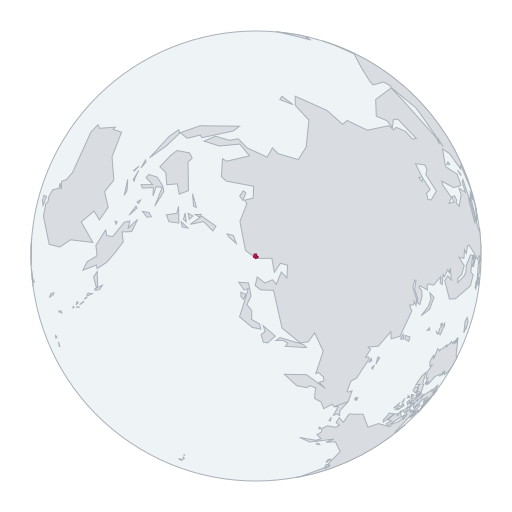 Shanghai on an orthographic globe, rotated 124°
{"feature_id": "CHN-1819", "entity_name": "Shanghai", "entity_type": "Municipality", "adm_level": 1, "iso_a3": "CHN", "parent_name": "China", "parent_adm1": "", "projection": "orthographic", "projection_center": [121.333, 31.266], "detail": "fine", "context": "on_globe", "style": "filled", "palette": "rose", "viewbox_px": 512, "rotation_deg": 124, "n_neighbors": 0, "source": "natural_earth", "source_scale": "10m", "svg_char_len": 12347}
<svg xmlns="http://www.w3.org/2000/svg" viewBox="0 0 512 512"><g transform="rotate(124 256 256)"><circle cx="256" cy="256" r="225" fill="#eef3f6" stroke="#a8b0b8"/><path d="M440.9,367.7L440.7,368.9L440.4,369.1L440.9,367.7ZM417.4,98.9L412.6,94.8L393.2,80.8L393.7,80.0L389.0,77.3L388.1,78.4L388.6,80.0L371.1,76.9L365.6,86.2L371.3,93.9L364.2,89.0L380.2,107.5L382.0,118.3L375.3,103.3L371.1,99.9L370.0,105.5L365.4,103.3L362.2,104.9L356.9,101.9L353.4,94.1L349.8,92.2L349.3,96.4L343.5,96.6L344.9,90.6L335.0,90.4L327.3,78.7L335.3,67.5L326.5,60.8L322.6,49.5L318.4,49.0L314.2,45.3L307.8,43.6L308.9,42.5L302.8,42.2L303.0,43.5L300.4,43.9L296.7,43.2L297.4,41.5L299.4,41.7L297.7,40.9L299.7,40.4L296.5,40.3L297.9,38.7L291.0,39.3L287.4,37.3L289.8,36.7L296.8,37.9L319.7,41.5L324.3,42.3L323.8,41.4L312.6,37.9L329.4,43.0L345.7,49.4L361.5,57.0L376.7,65.8L391.1,75.7L404.7,86.8L417.4,98.9ZM294.7,34.1L295.6,34.3L292.2,33.9L290.8,34.3L283.3,33.1L276.7,31.9L277.4,31.8L275.2,31.5L294.7,34.1ZM273.8,31.4L267.5,31.1L265.5,30.9L273.8,31.4ZM467.5,207.1L465.7,203.0L467.1,203.5L467.5,207.1ZM464.3,202.0L465.0,203.1L464.4,202.5L464.3,202.0ZM463.7,202.6L464.1,202.2L463.8,203.1L463.7,202.6ZM463.0,203.9L463.3,203.0L463.3,203.3L463.0,203.9ZM461.3,204.6L460.9,204.6L460.9,203.3L461.3,204.6ZM389.6,81.2L388.6,78.8L391.1,78.8L392.5,81.0L389.6,81.2ZM384.1,82.2L382.3,80.0L387.8,82.3L387.1,82.8L384.1,82.2ZM376.5,100.2L376.5,97.2L378.1,101.0L376.5,100.2ZM362.8,105.7L364.2,107.4L362.0,107.6L362.8,105.7ZM295.1,35.0L293.0,34.6L294.3,34.7L295.1,35.0ZM296.4,35.6L299.5,36.0L300.6,36.4L298.7,36.1L296.4,35.6ZM351.6,103.4L347.6,103.5L351.1,102.0L351.6,103.4ZM292.4,35.2L302.1,37.1L304.0,37.8L298.3,37.7L292.4,35.2ZM344.8,102.7L335.0,103.6L337.4,107.2L325.1,98.1L337.5,100.0L341.5,97.4L341.6,100.5L344.8,102.7ZM304.7,44.3L304.3,42.8L308.1,44.8L304.7,44.3ZM307.8,45.5L323.2,52.0L321.9,54.3L317.0,51.4L318.2,55.2L310.0,53.0L307.5,50.4L309.9,49.3L304.9,49.4L307.8,45.5ZM319.8,93.2L317.0,92.5L319.3,91.8L319.8,93.2ZM299.7,44.2L302.9,45.2L302.0,47.1L295.4,45.6L297.8,45.4L299.7,44.2ZM322.5,57.5L320.7,58.9L313.5,57.5L311.8,57.9L309.6,53.2L322.5,57.5ZM296.1,44.6L292.1,44.9L289.0,43.4L296.5,43.5L296.1,44.6ZM304.6,48.3L303.9,49.3L302.1,48.2L304.6,48.3ZM276.1,39.1L280.0,39.8L279.9,40.8L276.1,39.1ZM290.7,45.1L291.8,45.6L292.2,46.2L289.0,46.1L290.7,45.1ZM304.8,52.7L302.1,51.9L305.3,54.5L300.0,53.8L299.5,50.9L297.6,51.9L295.9,51.7L297.3,49.6L304.8,52.7ZM286.9,47.8L284.4,44.4L277.2,42.7L277.2,41.7L288.7,44.7L286.9,47.8ZM292.9,49.0L289.1,48.0L290.9,47.0L294.6,47.1L292.9,49.0ZM296.7,54.5L304.8,56.2L304.7,56.8L296.7,54.5ZM284.4,47.4L285.1,48.3L283.7,47.4L284.4,47.4ZM292.5,52.4L295.4,52.9L295.1,53.5L292.5,52.4ZM283.9,49.8L283.2,48.6L285.6,48.5L283.9,49.8ZM287.6,51.1L286.5,51.9L287.0,49.2L288.9,51.2L287.6,51.1ZM291.8,53.0L292.6,53.5L290.6,52.7L291.8,53.0ZM275.0,50.9L275.0,47.5L280.5,47.3L279.7,50.5L275.0,50.9ZM94.5,98.9L89.7,104.6L87.0,108.0L81.2,114.1L65.9,137.5L69.5,134.9L62.8,153.0L63.0,161.2L75.9,148.9L75.7,135.0L82.8,125.5L88.8,130.4L90.0,143.8L92.9,140.7L98.1,126.9L104.5,125.3L100.6,122.0L97.6,126.8L95.1,125.1L97.6,120.7L99.8,120.1L101.2,115.3L90.5,120.2L86.3,125.6L86.1,118.1L79.1,126.6L76.9,127.2L87.8,113.1L91.4,110.0L106.6,92.6L102.8,95.0L88.2,111.9L90.0,108.9L84.7,113.3L90.2,107.6L107.1,89.4L111.0,84.1L108.0,86.1L123.5,73.8L119.7,76.7L124.1,73.8L135.6,66.1L131.1,69.4L134.4,67.6L130.9,70.7L135.1,70.6L132.9,73.8L143.2,69.7L143.5,71.1L137.3,72.9L131.9,76.3L127.7,85.6L129.4,86.2L136.4,83.1L134.4,86.5L141.7,82.3L143.5,86.9L147.5,78.1L155.9,75.2L161.7,76.2L165.2,73.9L155.7,72.3L151.3,73.3L146.3,76.4L134.9,78.8L134.5,76.6L149.1,68.9L150.2,65.3L161.1,61.6L180.0,66.8L183.5,71.6L170.9,85.7L165.1,85.9L166.7,80.7L157.2,88.2L161.8,86.3L160.1,89.4L167.7,88.2L166.8,90.4L175.5,85.7L175.3,88.3L169.8,91.2L180.9,92.5L182.8,97.8L185.7,97.1L188.3,94.9L189.0,103.7L191.1,102.9L191.7,99.6L196.3,95.9L204.6,93.1L204.4,96.3L201.4,97.7L194.7,105.9L186.6,109.8L187.4,110.9L194.4,108.3L202.5,98.2L207.6,95.7L204.6,100.5L206.1,98.5L208.5,98.3L210.8,101.2L214.5,96.1L242.0,91.7L249.1,97.6L243.3,101.9L262.3,104.2L268.8,112.1L269.3,108.8L278.7,108.6L276.8,106.1L277.8,104.6L301.1,104.4L306.4,107.3L317.1,104.9L317.3,103.4L314.0,101.0L325.1,98.1L337.4,107.2L336.2,110.0L344.7,114.4L340.7,120.4L341.3,127.9L332.0,132.9L333.3,138.9L336.5,140.0L340.7,149.5L338.2,166.3L326.1,147.7L327.0,124.4L325.4,133.1L321.6,129.9L318.4,132.5L317.6,139.1L320.1,140.6L297.3,147.1L287.0,164.4L298.0,164.7L303.3,171.0L301.2,194.1L274.7,222.2L281.5,233.4L280.9,240.1L272.7,243.3L273.4,233.5L266.4,229.0L268.1,223.3L255.1,226.1L256.9,218.1L246.0,224.7L248.4,231.7L259.2,231.7L249.0,241.6L257.9,254.3L257.2,267.9L236.3,288.7L217.6,292.8L216.1,296.7L209.6,290.7L199.5,297.0L210.5,322.5L209.6,329.0L194.0,338.2L193.9,333.4L176.6,317.4L172.3,332.0L185.3,347.9L189.8,363.4L179.3,356.5L174.9,342.6L168.8,336.5L171.3,323.6L167.8,302.0L157.2,302.8L158.8,294.8L152.4,274.9L137.7,275.3L113.8,288.1L109.2,307.6L101.6,312.9L95.6,278.5L98.4,257.7L92.7,256.3L89.4,234.0L73.7,218.7L74.5,212.4L70.9,211.7L69.1,201.7L71.6,191.8L69.0,188.8L63.2,215.0L66.3,218.4L73.2,214.7L70.6,222.9L72.8,234.5L59.3,244.3L41.1,237.9L44.5,222.4L57.5,171.4L60.0,168.0L60.3,167.5L60.8,166.6L56.6,171.3L60.6,162.1L48.1,194.3L43.7,206.4L40.8,238.4L39.8,239.4L40.4,247.5L48.7,254.6L47.6,259.2L40.5,274.8L33.6,287.7L37.5,310.2L40.3,321.0L36.2,305.6L33.3,289.9L31.4,274.0L30.7,258.0L31.2,242.0L32.7,226.1L35.4,210.4L39.2,194.9L44.1,179.7L50.0,164.8L57.0,150.4L65.0,136.6L73.9,123.4L83.8,110.8L94.5,98.9ZM86.1,167.0L90.3,175.4L97.6,162.5L99.9,164.9L101.5,159.9L98.1,161.6L103.5,148.8L108.7,149.7L112.9,145.1L111.6,142.1L101.3,142.8L93.5,160.7L88.6,162.7L86.1,167.0ZM155.8,56.0L151.7,58.3L148.6,59.4L151.4,56.9L155.8,55.2L155.8,56.0ZM146.5,61.5L160.3,55.4L159.2,57.3L157.5,57.2L155.3,59.0L152.0,59.4L137.5,67.7L133.8,69.3L140.9,63.0L140.6,63.9L144.6,61.3L146.5,61.5ZM197.6,41.9L203.5,40.8L193.3,46.0L188.9,46.6L191.4,43.7L198.0,41.4L197.6,41.9ZM280.6,35.2L283.6,35.4L283.4,35.7L280.7,35.8L280.6,35.2ZM277.9,39.3L267.6,34.9L270.4,34.8L260.9,33.1L264.7,32.3L270.7,33.3L266.5,31.8L273.5,32.4L269.8,31.5L282.8,33.9L288.9,34.9L280.7,34.0L277.0,34.6L277.3,35.1L282.5,37.7L293.8,40.6L292.0,42.2L287.7,42.6L284.7,42.1L286.8,41.1L281.3,41.2L282.1,39.4L277.9,39.3ZM238.5,53.3L242.2,51.1L231.3,53.5L232.0,50.7L230.7,51.1L228.4,49.4L223.3,48.3L224.7,47.1L222.1,47.2L220.5,46.3L217.4,46.1L218.8,44.1L215.1,43.9L217.9,43.1L211.2,43.3L216.8,42.3L215.3,41.4L210.6,42.9L225.8,34.9L227.8,33.3L226.4,32.8L236.2,31.8L243.7,31.9L248.8,33.3L245.5,35.4L250.5,34.9L250.4,35.8L246.5,35.8L252.5,36.5L251.4,37.4L255.9,40.3L265.3,41.4L267.2,42.7L262.9,42.8L267.8,44.2L261.1,45.4L262.3,46.5L256.9,49.1L248.0,49.0L250.0,50.4L246.0,52.8L238.5,53.3ZM273.3,51.5L262.5,51.4L257.6,50.1L269.1,46.2L268.9,45.0L276.1,43.1L283.0,45.3L280.3,45.6L279.3,46.4L277.5,45.4L278.2,46.8L274.5,47.4L274.1,48.8L270.7,48.3L273.3,51.5ZM88.2,107.5L86.9,109.5L85.7,111.8L82.4,114.9L88.2,107.5ZM99.6,95.0L99.0,96.0L93.7,100.9L95.1,99.1L99.6,95.0ZM103.2,92.7L99.4,95.7L102.3,93.0L103.2,92.7ZM137.3,73.8L137.2,75.0L135.4,76.0L133.4,76.4L137.3,73.8ZM206.2,62.0L209.1,60.4L210.2,60.7L218.2,59.1L218.3,61.3L213.5,63.2L206.2,62.0ZM73.3,149.1L70.6,149.5L71.7,146.8L72.4,147.2L73.3,149.1ZM74.7,131.0L72.2,136.9L73.8,131.8L74.7,131.0ZM207.6,64.1L210.9,63.1L208.9,64.9L207.6,64.1ZM218.8,63.0L217.2,64.9L219.2,61.4L218.8,63.0ZM48.7,344.2L45.3,335.2L46.8,336.4L46.3,331.2L50.6,343.6L58.7,364.8L48.7,344.2ZM246.8,403.2L253.8,404.5L253.6,405.3L246.8,403.2ZM239.5,399.7L247.4,400.6L238.2,401.3L239.5,399.7ZM250.5,401.0L258.6,400.0L262.1,398.8L261.5,400.5L250.5,401.0ZM234.1,399.2L205.6,394.9L194.5,390.6L196.9,388.0L214.9,391.9L234.1,399.2ZM196.1,387.7L179.3,375.2L157.6,342.2L165.3,344.9L188.3,367.2L186.8,369.7L196.9,378.9L196.1,387.7ZM237.3,377.5L235.7,385.6L219.8,382.9L212.7,380.4L207.7,368.8L210.5,363.7L216.3,364.8L239.6,348.5L247.6,354.2L240.2,361.6L246.8,369.8L237.3,377.5ZM109.8,309.8L113.0,323.7L109.1,323.8L109.8,309.8ZM249.7,335.6L239.8,343.4L249.0,332.6L249.7,335.6ZM255.4,325.0L255.7,329.6L252.1,324.8L255.4,325.0ZM215.3,303.1L209.1,303.0L209.3,299.7L217.3,297.9L215.3,303.1ZM256.6,279.4L255.4,289.2L253.9,292.4L251.6,286.2L256.6,279.4ZM213.1,85.7L201.8,85.0L193.7,86.9L189.3,91.3L190.7,85.3L203.1,82.3L213.1,85.7ZM238.4,90.4L242.3,87.2L243.9,89.2L243.2,90.2L238.4,90.4ZM238.4,88.0L237.0,83.1L241.3,81.7L241.6,85.8L238.4,88.0ZM221.8,72.5L218.5,72.0L220.2,70.5L221.8,72.5ZM387.8,438.1L390.0,436.9L383.6,441.6L374.8,447.4L366.9,451.9L387.8,438.1ZM324.3,465.7L323.9,462.9L333.2,460.8L329.5,464.1L324.3,465.7ZM393.9,433.4L399.6,428.3L401.7,424.7L401.2,427.2L405.8,423.9L391.9,435.5L393.9,433.4ZM289.3,454.8L245.4,462.2L235.5,460.4L237.6,457.1L227.9,444.7L231.0,445.3L228.5,436.7L254.2,430.9L272.6,416.3L287.4,417.5L298.3,405.8L313.7,406.0L309.3,415.3L325.5,420.0L336.0,398.8L346.2,418.7L358.2,423.6L362.0,434.0L341.8,454.5L329.9,459.6L327.5,458.8L322.5,461.0L314.7,461.5L310.0,457.1L305.1,459.2L309.7,454.7L302.8,458.9L298.5,455.8L289.3,454.8ZM399.5,402.9L401.8,402.5L405.5,404.1L401.8,405.1L399.5,402.9ZM434.9,375.4L436.0,376.1L433.6,378.1L434.9,375.4ZM440.4,369.1L437.6,371.7L440.9,367.7L440.4,369.1ZM411.6,387.0L412.7,387.7L411.8,388.6L411.6,387.0ZM410.6,387.0L412.0,384.4L411.8,386.5L410.6,387.0ZM399.3,379.6L400.7,378.1L401.4,378.8L399.3,379.6ZM264.2,405.2L273.9,399.5L279.3,399.2L264.2,405.2ZM397.2,377.9L393.7,378.7L394.0,377.4L397.2,377.9ZM397.4,375.0L397.0,373.5L399.3,376.7L397.4,375.0ZM390.6,373.1L394.9,375.0L390.1,373.6L390.6,373.1ZM388.0,374.2L384.8,373.6L385.0,373.0L388.0,374.2ZM352.8,383.2L364.6,391.5L355.2,392.8L344.7,387.9L336.7,394.7L318.5,395.2L322.6,391.2L320.1,385.7L301.4,384.0L297.6,380.2L304.2,377.6L292.0,374.6L305.3,372.7L310.9,380.5L318.5,374.0L331.7,374.7L344.7,376.2L355.3,380.6L352.8,383.2ZM305.5,390.0L307.9,389.9L305.8,392.3L305.5,390.0ZM378.8,370.7L383.4,373.4L382.8,374.5L380.6,374.4L378.8,370.7ZM357.7,379.0L369.0,370.8L371.7,370.4L364.2,378.9L357.7,379.0ZM366.2,367.0L371.5,367.0L374.4,370.2L373.3,371.4L366.2,367.0ZM278.2,382.7L277.7,384.9L274.3,383.0L278.2,382.7ZM282.7,381.5L293.1,384.0L281.7,383.4L282.7,381.5ZM251.5,372.1L254.4,377.6L263.9,374.9L256.7,379.3L263.2,388.2L261.1,391.2L254.6,381.6L252.5,390.9L248.3,390.4L245.9,382.1L250.1,372.4L254.2,368.5L271.3,367.8L251.5,372.1ZM282.5,375.1L279.8,368.9L281.9,364.8L284.8,368.1L282.5,375.1ZM271.9,353.3L264.9,345.5L258.3,347.9L271.8,338.3L276.3,347.4L271.9,353.3ZM266.2,336.6L260.1,338.7L266.6,333.0L266.2,336.6ZM258.6,336.1L258.1,330.7L262.9,331.8L258.6,336.1ZM269.4,337.0L270.9,328.1L273.2,333.5L269.4,337.0ZM256.7,318.6L266.5,328.2L253.3,323.4L253.7,305.8L259.4,305.8L256.7,318.6ZM294.4,248.3L293.5,243.0L298.9,242.1L298.0,245.9L294.4,248.3ZM315.7,235.6L300.1,240.2L287.4,244.3L290.9,246.9L287.4,255.6L282.5,247.1L291.9,237.8L301.4,236.3L303.6,229.0L311.0,224.2L310.4,215.0L313.9,211.1L317.3,219.2L315.7,235.6ZM309.8,211.1L311.6,195.2L321.5,197.7L323.3,201.7L318.3,207.8L313.4,206.1L309.8,211.1ZM314.9,192.2L310.2,190.5L302.8,167.1L303.7,163.0L314.5,181.2L310.6,180.8L310.7,186.3L314.9,192.2ZM317.5,94.2L317.0,92.6L319.2,94.1L317.5,94.2ZM276.5,103.2L278.2,101.4L280.7,102.9L276.5,103.2ZM284.2,97.5L280.2,97.0L284.5,96.1L284.2,97.5ZM271.2,96.5L278.6,96.2L271.5,98.4L271.2,96.5Z" fill="#d9dde1" stroke="#a8b0b8" stroke-width="1"/><path d="M256.0,255.1L256.3,255.3L256.7,255.6L257.0,255.7L257.1,255.8L257.3,255.9L257.5,256.2L257.8,256.7L258.1,257.1L258.2,257.4L258.1,257.5L257.9,257.6L257.6,257.6L257.4,257.6L257.0,257.7L256.7,257.8L256.4,257.9L256.3,258.0L256.1,258.2L255.8,258.3L255.8,258.1L255.7,258.1L255.6,257.9L255.4,257.9L255.2,257.7L255.1,257.8L254.9,257.7L254.8,257.4L254.8,257.2L254.7,257.0L254.5,256.8L254.5,256.7L254.4,256.6L254.5,256.5L255.0,256.5L255.1,256.4L255.1,256.1L255.2,255.9L255.3,256.0L255.3,255.9L255.4,255.7L255.5,255.3L255.5,255.2L255.8,255.1L256.0,255.1L256.0,255.1ZM257.7,254.7L258.0,254.8L258.2,255.1L257.9,255.2L257.7,255.3L257.5,255.2L257.3,255.1L257.2,255.1L256.9,255.0L256.7,254.9L256.2,254.6L255.9,254.5L255.9,254.4L255.6,254.1L255.5,253.9L255.8,253.7L256.0,253.8L256.3,253.9L256.5,254.0L256.8,254.2L256.9,254.3L257.0,254.4L257.1,254.5L257.3,254.6L257.7,254.7ZM257.4,255.6L257.5,255.6L257.5,255.8L257.4,255.7L256.9,255.4L257.0,255.3L257.3,255.5L257.4,255.6ZM257.7,255.6L257.8,255.6L257.8,255.8L257.7,255.9L257.5,255.6L257.7,255.6Z" fill="#f43f5e" stroke="#9f1239" stroke-width="1.5"/></g></svg>